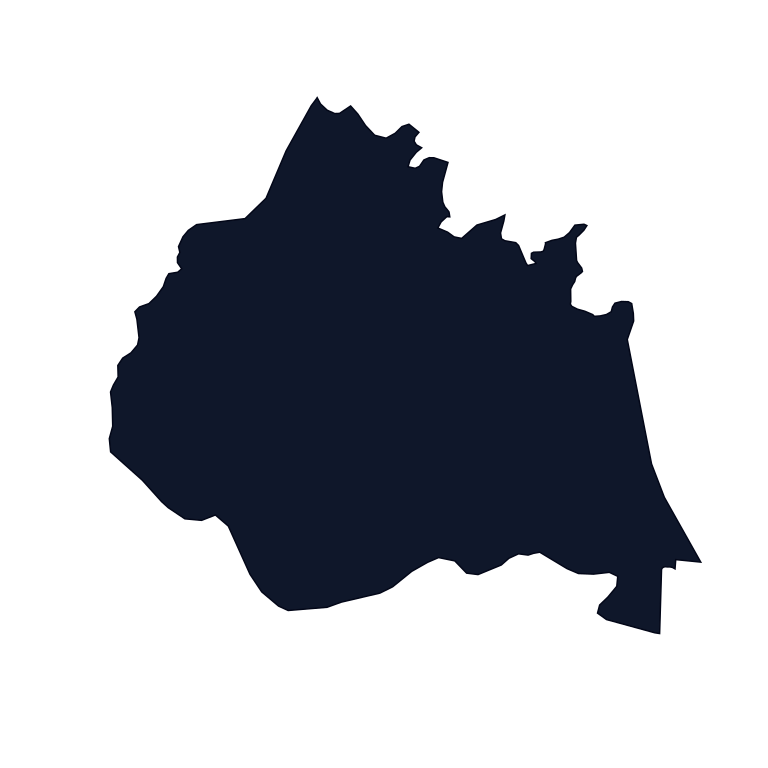 the border of Kompienga, rotated 260°
{"feature_id": "BFA-2183", "entity_name": "Kompienga", "entity_type": "Province", "adm_level": 1, "iso_a3": "BFA", "parent_name": "Burkina Faso", "parent_adm1": "", "projection": "orthographic", "projection_center": [0.977, 11.426], "detail": "fine", "context": "isolated", "style": "filled", "palette": "ink", "viewbox_px": 768, "rotation_deg": 260, "n_neighbors": 0, "source": "natural_earth", "source_scale": "10m", "svg_char_len": 2425}
<svg xmlns="http://www.w3.org/2000/svg" viewBox="0 0 768 768"><g transform="rotate(260 384 384)"><path d="M677.6,367.9L670.8,370.1L663.5,375.6L658.9,382.4L658.2,387.2L663.6,399.4L654.4,405.1L641.7,410.7L630.6,418.0L625.7,428.8L629.0,438.6L634.4,446.4L635.5,453.7L625.8,462.1L621.9,457.4L617.9,455.8L613.9,457.4L610.1,462.1L606.6,456.0L600.0,448.5L593.8,445.4L591.0,452.2L592.2,456.8L597.7,462.2L599.0,467.8L598.2,472.3L591.1,485.5L572.5,476.7L563.4,474.1L552.8,473.5L547.9,474.7L545.0,476.4L542.1,477.9L537.2,477.8L537.9,474.9L533.7,468.4L528.3,464.1L522.5,473.0L516.7,478.6L513.9,485.8L524.4,503.1L526.6,522.5L529.5,532.4L523.7,530.3L512.5,525.0L506.6,524.9L504.1,527.9L500.3,538.3L497.0,540.6L478.6,544.8L475.7,546.0L476.3,554.6L478.3,553.9L481.9,550.7L487.1,551.9L487.8,554.2L486.8,561.3L487.1,563.9L488.8,565.1L494.1,567.5L495.1,567.5L496.3,574.3L496.4,580.7L497.3,586.9L500.9,593.0L507.3,599.6L506.6,608.7L504.8,611.3L500.7,607.5L496.7,601.8L495.1,599.0L489.5,597.0L472.2,595.1L470.0,595.7L463.9,598.8L460.4,599.0L459.4,597.7L456.5,592.1L454.8,590.9L451.8,589.6L449.0,587.0L445.2,584.3L432.9,582.3L430.3,581.4L427.9,582.4L424.1,587.5L420.8,594.4L416.1,601.6L414.1,602.9L413.5,608.7L413.8,615.1L415.7,620.3L420.2,622.4L423.5,625.5L424.0,632.2L422.6,638.9L420.2,641.9L410.2,641.8L402.7,640.8L385.6,631.3L312.8,632.6L258.8,633.6L223.7,640.4L153.6,665.0L160.4,640.8L151.4,638.5L153.3,636.2L154.2,633.9L154.6,631.5L155.3,629.0L155.0,627.2L154.3,625.9L153.1,625.1L90.4,612.1L92.0,607.4L113.4,562.2L121.3,554.5L128.9,558.0L135.2,567.4L144.3,578.1L154.0,580.8L159.4,573.2L160.4,557.3L163.6,542.6L170.4,532.2L191.3,508.2L191.3,501.9L190.5,496.2L193.4,487.0L190.7,476.8L185.4,468.1L180.0,443.5L183.4,432.5L197.5,423.0L203.6,407.6L200.8,395.9L194.7,378.8L182.8,357.3L178.8,343.7L176.6,304.1L174.0,289.2L177.6,250.3L183.6,241.6L200.5,227.5L219.9,219.0L271.1,206.0L284.3,195.2L281.4,180.7L285.8,164.5L299.6,150.1L306.7,144.6L331.2,129.3L364.6,103.0L377.9,104.0L389.5,109.5L407.9,112.3L423.6,113.3L429.9,117.3L437.1,123.4L448.5,125.1L454.9,131.2L458.6,140.2L465.2,148.1L472.1,150.8L490.7,151.9L498.4,151.2L502.3,156.6L504.0,166.5L509.9,175.2L518.2,183.6L525.9,187.8L530.0,191.3L529.9,200.3L532.6,204.8L539.4,201.7L544.9,202.6L549.0,205.8L555.0,205.5L563.9,211.6L569.3,218.0L573.5,227.1L571.0,275.9L587.4,300.1L630.6,328.1L670.7,360.7L676.7,367.1L677.5,367.8L677.6,367.9Z" fill="#0f172a" stroke="#020617" stroke-width="1.5"/></g></svg>